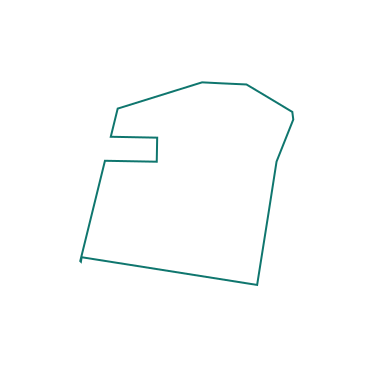 the district of 56, Ar Rayyān, Qatar, rotated 314°
{"feature_id": "91078587B78066269672175", "entity_name": "56", "entity_type": "district", "adm_level": 2, "iso_a3": "QAT", "parent_name": "Qatar", "parent_adm1": "Ar Rayyān", "projection": "mercator", "projection_center": [51.499, 25.212], "detail": "fine", "context": "isolated", "style": "outline", "palette": "teal", "viewbox_px": 384, "rotation_deg": 314, "n_neighbors": 0, "source": "geoboundaries", "source_scale": "gbopen_adm2", "svg_char_len": 424}
<svg xmlns="http://www.w3.org/2000/svg" viewBox="0 0 384 384"><g transform="rotate(314 192 192)"><path d="M319.3,208.5L318.8,206.5L310.0,168.5L307.2,156.5L290.9,138.0L277.9,123.1L272.1,119.9L201.1,81.0L200.4,80.6L175.3,95.2L206.9,129.2L189.3,145.6L154.0,107.7L64.7,159.6L64.7,160.5L68.4,157.9L165.4,296.3L170.4,303.4L232.4,260.0L272.6,231.7L314.5,214.5L319.3,208.5Z" fill="none" stroke="#0f766e" stroke-width="2"/></g></svg>